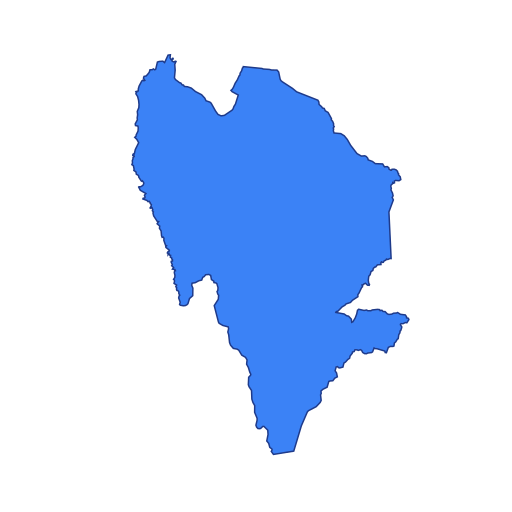 Macanga, Tete, Mozambique (Mercator projection), rotated 198°
{"feature_id": "85939544B71238690131788", "entity_name": "Macanga", "entity_type": "district", "adm_level": 2, "iso_a3": "MOZ", "parent_name": "Mozambique", "parent_adm1": "Tete", "projection": "mercator", "projection_center": [33.601, -14.715], "detail": "fine", "context": "isolated", "style": "filled", "palette": "blue", "viewbox_px": 512, "rotation_deg": 198, "n_neighbors": 0, "source": "geoboundaries", "source_scale": "gbopen_adm2", "svg_char_len": 6130}
<svg xmlns="http://www.w3.org/2000/svg" viewBox="0 0 512 512"><g transform="rotate(198 256 256)"><path d="M313.7,186.3L312.8,185.8L309.7,186.2L307.9,187.0L306.7,188.2L306.0,189.6L306.1,195.0L303.9,198.7L306.1,205.9L308.1,208.3L308.4,210.4L305.6,211.8L302.7,214.8L300.2,216.3L300.1,219.2L298.9,220.5L298.1,222.6L295.1,223.9L293.1,223.5L291.1,219.8L288.3,219.0L287.8,217.7L285.8,218.0L284.7,217.6L282.3,214.1L281.7,211.4L282.1,210.2L280.6,208.0L279.4,207.1L278.5,203.2L280.4,195.9L271.3,181.6L270.3,180.6L266.1,179.7L260.5,180.0L259.6,178.4L259.3,175.0L257.6,172.6L254.4,165.5L252.6,163.3L249.0,161.1L245.2,161.6L243.3,161.1L238.9,157.3L234.7,156.4L232.4,154.4L231.5,150.2L228.8,147.6L226.1,143.7L224.4,141.9L224.3,141.0L225.5,138.4L223.5,131.2L222.2,129.5L218.7,126.7L215.7,118.6L213.6,115.7L211.0,113.3L209.0,106.9L204.8,102.0L204.2,100.1L203.8,95.1L202.6,93.5L200.9,92.5L199.4,92.8L198.3,93.4L196.9,96.0L195.8,96.4L191.0,94.0L189.4,90.0L188.6,83.4L186.0,81.7L183.8,78.3L181.2,77.3L180.8,76.6L181.1,74.9L178.1,72.7L159.8,82.1L160.4,108.5L159.0,123.5L158.3,125.1L152.2,131.3L149.7,136.6L149.4,138.8L151.7,143.9L151.5,145.4L152.5,147.7L151.1,150.0L147.8,153.2L148.0,159.2L147.0,160.0L144.4,161.1L143.3,164.2L141.3,166.2L143.2,169.6L145.3,171.3L145.5,175.2L144.3,176.0L143.0,175.3L141.8,175.4L139.0,177.2L139.3,181.4L138.1,182.8L136.7,186.0L135.4,187.6L135.6,190.0L134.4,193.2L134.6,194.4L133.1,195.5L132.9,197.4L130.8,198.0L129.6,197.8L127.7,199.2L126.3,198.8L124.7,197.2L122.6,196.7L120.7,197.2L119.8,198.2L116.2,199.9L115.5,200.9L115.3,205.0L114.3,204.7L112.2,205.2L104.1,205.4L103.3,204.1L102.1,204.3L101.9,210.0L100.3,211.5L97.8,212.3L97.0,213.0L97.5,216.1L96.6,217.5L95.9,220.5L95.2,221.3L95.9,225.3L95.4,227.4L95.8,229.2L95.3,229.8L95.3,233.0L95.5,233.7L97.4,235.2L97.5,235.8L97.1,236.5L95.2,237.1L93.5,238.8L91.9,239.1L91.0,242.4L91.0,243.0L92.1,243.9L93.7,243.7L94.2,244.9L95.8,246.1L100.6,245.2L103.9,246.0L104.7,245.2L107.5,244.1L109.0,242.6L111.5,241.5L113.2,241.5L116.0,243.0L118.1,242.5L119.5,243.3L121.1,242.4L121.9,243.2L123.9,242.8L128.8,240.6L129.8,239.5L132.7,238.5L134.1,238.8L136.4,237.6L141.9,237.1L142.7,235.7L142.3,231.9L142.5,227.8L143.5,223.4L144.5,222.5L145.8,225.4L149.4,227.4L151.5,227.2L154.2,228.1L162.6,227.0L162.5,227.9L161.0,228.9L158.4,234.2L156.2,236.7L155.5,238.3L151.8,241.0L150.6,243.7L146.5,248.8L147.2,250.7L146.6,252.5L145.8,258.6L145.2,259.7L146.2,261.2L144.9,261.9L144.7,262.9L143.4,263.9L141.0,262.7L139.3,263.1L139.3,264.1L140.3,264.8L141.7,267.6L142.5,271.6L141.7,273.4L141.8,276.8L140.4,278.3L140.6,280.5L139.5,282.3L138.8,282.5L137.8,285.1L134.5,286.5L135.2,288.3L134.9,289.2L133.8,289.0L133.0,289.3L132.5,291.2L131.3,292.0L131.0,293.4L129.6,293.4L127.8,295.0L126.7,295.3L143.2,339.0L142.7,351.8L144.6,353.8L144.2,355.6L145.6,358.0L148.1,360.6L148.2,362.2L149.2,363.6L149.5,365.1L148.4,367.1L148.6,368.0L147.7,367.7L146.9,368.4L147.6,369.9L146.6,371.0L143.2,371.8L141.9,373.4L143.3,375.9L145.6,377.3L145.9,378.5L146.8,378.9L147.6,380.3L149.3,381.2L151.3,381.3L153.5,380.5L153.7,379.5L154.3,379.2L156.4,379.8L157.0,381.0L158.8,381.6L161.4,380.5L164.0,382.7L171.1,380.7L174.4,381.9L179.0,382.1L179.9,383.5L181.9,384.7L183.5,384.9L186.7,383.6L191.6,384.6L200.2,390.5L205.3,395.1L209.2,397.6L213.2,398.6L219.8,397.1L221.2,399.1L221.4,400.7L222.1,401.6L221.6,403.2L222.5,403.9L223.1,405.8L224.8,407.8L226.5,408.8L226.7,410.0L231.8,414.8L235.0,415.5L236.7,417.4L238.6,417.3L239.6,418.2L242.8,419.6L243.9,422.0L245.3,423.3L268.1,424.7L273.1,426.7L284.7,429.8L286.5,430.5L287.7,431.7L291.3,438.0L293.4,439.3L298.7,437.7L300.9,437.6L306.8,436.1L308.3,436.2L326.6,432.2L326.5,431.4L327.0,430.5L326.9,427.7L327.6,424.9L327.2,423.1L327.7,422.3L328.2,417.7L329.2,413.9L329.6,409.4L330.2,407.0L331.0,405.8L329.5,404.9L322.6,403.6L322.5,394.1L323.2,391.5L323.3,388.7L323.9,387.2L329.5,380.0L332.5,378.5L335.9,378.9L339.3,381.4L345.9,387.5L347.3,388.1L351.5,388.2L353.5,390.3L357.6,392.6L364.4,393.7L369.4,395.7L373.4,395.8L376.5,395.1L377.8,396.2L379.0,395.9L381.0,397.3L382.2,397.2L387.1,398.9L388.6,400.2L390.3,407.7L392.5,413.2L392.2,416.3L393.0,416.3L394.0,415.2L395.8,415.3L396.6,416.2L395.7,417.8L395.9,418.3L396.5,418.2L396.5,417.4L397.6,416.6L399.0,417.9L399.6,420.9L401.7,419.9L402.7,411.7L404.8,412.5L408.2,411.1L409.7,410.0L409.1,402.7L409.8,401.8L411.5,402.2L412.1,401.2L414.4,400.3L414.3,397.7L415.2,395.3L416.1,393.3L418.0,392.2L418.0,390.3L416.0,388.7L416.8,388.0L418.0,388.2L418.7,387.2L419.7,381.5L419.6,378.7L419.0,376.6L421.0,375.3L420.1,374.6L420.5,374.0L420.3,373.1L417.9,371.1L415.8,367.8L414.1,364.0L413.3,360.9L413.6,356.8L412.2,353.7L411.7,350.6L410.9,348.9L411.7,344.3L410.9,342.8L408.5,343.1L407.6,341.5L406.8,338.3L407.4,334.1L407.1,332.9L408.0,331.4L405.4,330.1L402.6,327.5L403.7,320.0L403.3,315.4L404.2,315.2L404.4,314.5L404.2,313.5L403.1,313.7L402.6,313.0L403.4,311.4L403.0,310.5L403.1,308.4L402.2,306.3L402.3,304.5L400.6,304.1L398.8,301.0L398.6,299.6L396.2,298.9L395.0,296.7L393.6,296.6L392.3,295.8L391.8,294.7L388.3,291.9L387.7,291.8L387.3,292.4L385.6,291.2L385.1,290.1L385.4,288.2L387.1,286.2L388.7,285.7L388.9,285.3L386.3,282.7L380.0,281.4L380.9,279.3L379.7,277.8L379.7,276.9L381.2,276.0L381.2,275.3L376.8,275.1L375.4,274.3L374.5,275.0L373.0,273.9L372.8,273.2L371.4,272.6L371.2,270.9L371.6,269.0L370.8,268.9L370.2,270.0L369.7,269.7L368.4,268.0L368.6,267.0L367.2,266.2L367.3,265.1L365.7,262.5L360.5,258.3L359.3,258.6L360.0,256.1L356.8,254.7L356.4,252.5L354.0,250.5L352.1,246.1L351.0,244.7L350.1,245.3L349.0,244.4L348.5,242.4L347.3,240.8L345.4,238.3L344.3,238.1L344.8,237.3L344.3,236.3L340.2,234.7L340.2,233.6L341.0,233.0L341.3,231.5L340.3,231.1L340.0,230.1L339.5,231.4L338.4,230.1L337.4,230.2L337.1,228.4L335.6,228.1L335.3,227.2L334.3,226.7L333.9,225.4L334.9,224.9L334.9,224.1L332.9,221.9L333.2,220.7L330.8,219.6L331.4,217.7L328.9,218.1L328.1,217.1L328.8,216.7L328.6,215.0L327.1,212.5L326.6,210.5L327.2,208.3L326.2,207.9L325.7,206.9L325.5,204.6L322.5,203.8L322.8,202.0L321.7,201.4L321.3,199.7L320.6,198.8L319.7,199.0L318.4,198.1L317.7,196.3L316.4,195.2L316.8,194.2L316.6,192.2L313.8,188.6L313.7,186.3Z" fill="#3b82f6" stroke="#1e3a8a" stroke-width="1.5"/></g></svg>